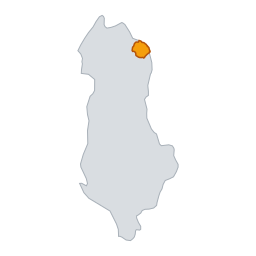 Has, Kukës, Albania (highlighted)
{"feature_id": "67620474B51228836218093", "entity_name": "Has", "entity_type": "district", "adm_level": 2, "iso_a3": "ALB", "parent_name": "Albania", "parent_adm1": "Kukës", "projection": "equal_earth", "projection_center": [20.413, 42.193], "detail": "fine", "context": "in_parent", "style": "filled", "palette": "amber", "viewbox_px": 256, "rotation_deg": 0, "n_neighbors": 0, "source": "geoboundaries", "source_scale": "gbopen_adm2", "svg_char_len": 2096}
<svg xmlns="http://www.w3.org/2000/svg" viewBox="0 0 256 256"><path d="M81.3,73.4L81.5,69.7L82.4,63.8L81.9,61.8L82.5,58.4L80.8,54.0L77.9,50.7L80.7,45.0L84.8,38.1L88.5,32.6L93.1,26.9L96.1,21.5L99.4,16.8L102.1,15.4L103.5,16.4L104.3,18.4L104.1,24.5L105.0,26.6L106.9,28.1L111.0,27.4L115.5,25.9L121.6,22.6L122.6,22.8L124.9,24.5L129.6,31.9L132.7,38.3L138.8,40.6L142.2,43.1L146.6,46.9L148.8,50.8L151.8,62.6L152.1,69.8L151.2,73.0L150.5,73.9L147.8,85.5L148.4,91.5L148.4,95.4L146.1,97.0L144.5,99.4L147.0,109.2L146.7,113.3L146.8,118.1L151.4,129.0L154.1,132.4L156.5,134.0L159.5,144.0L161.3,145.7L168.8,144.8L172.4,145.9L173.9,148.3L174.2,149.9L173.7,155.6L175.6,159.9L178.1,164.4L178.1,167.1L176.4,171.6L173.5,176.8L169.5,178.8L165.2,180.5L163.1,184.5L162.0,188.9L160.1,192.1L158.9,195.6L157.0,202.7L156.6,205.4L153.7,208.0L149.1,209.1L145.0,209.3L142.2,210.5L140.8,213.0L138.2,215.0L136.6,215.8L136.6,218.0L138.5,222.6L140.7,226.3L140.7,229.3L139.7,230.1L136.3,229.7L135.6,230.8L135.2,234.2L134.3,237.0L132.9,238.7L130.5,240.6L126.1,240.0L122.0,237.2L119.9,236.3L118.6,236.4L118.3,229.4L116.5,224.0L110.0,211.0L88.9,198.3L83.9,192.7L81.7,187.9L79.6,183.4L81.7,183.3L83.7,184.4L86.4,185.8L87.5,183.5L86.3,178.6L80.9,167.1L80.5,164.0L83.3,154.4L87.8,143.6L87.5,130.6L89.0,120.8L87.5,114.5L86.8,106.7L90.1,96.3L92.8,93.8L94.6,90.5L94.7,79.5L88.5,74.3L81.3,73.4Z" fill="#d9dde1" stroke="#a8b0b8" stroke-width="1"/><path d="M132.6,51.4L133.7,51.3L135.0,52.0L135.7,53.1L135.8,54.5L136.0,55.5L138.4,57.1L139.6,57.5L141.5,57.6L142.9,57.4L143.7,58.0L144.6,57.5L144.6,56.9L147.1,54.3L147.7,53.9L148.0,53.6L148.5,53.2L149.2,52.8L149.6,52.4L149.5,52.1L149.6,51.5L150.0,51.6L150.1,51.2L149.9,50.8L149.7,50.5L149.5,50.0L149.3,49.3L149.1,48.7L149.0,47.9L148.6,47.3L148.3,46.9L147.4,46.5L147.4,45.8L147.0,45.6L146.7,45.1L146.0,44.2L145.4,44.0L144.8,43.3L143.8,42.6L141.9,42.4L141.5,41.5L140.4,40.9L139.8,40.7L139.1,40.5L139.0,40.9L138.8,41.2L138.8,41.3L138.7,41.4L138.5,41.7L138.3,42.1L136.0,42.1L134.5,43.5L134.1,44.7L133.6,46.2L132.6,47.2L132.1,50.4L132.6,51.4Z" fill="#f59e0b" stroke="#b45309" stroke-width="1.5"/></svg>